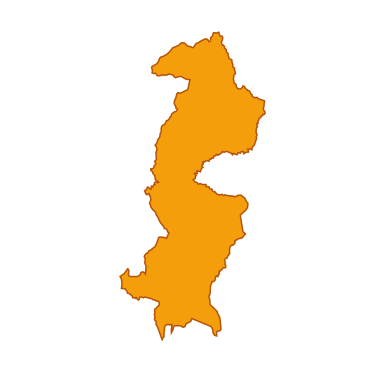 outline of Xayacatlán de Bravo, Puebla, Mexico, rotated 340°
{"feature_id": "50627088B60270238700137", "entity_name": "Xayacatlán de Bravo", "entity_type": "district", "adm_level": 2, "iso_a3": "MEX", "parent_name": "Mexico", "parent_adm1": "Puebla", "projection": "natural_earth1", "projection_center": [-97.941, 18.276], "detail": "fine", "context": "isolated", "style": "filled", "palette": "amber", "viewbox_px": 384, "rotation_deg": 340, "n_neighbors": 0, "source": "geoboundaries", "source_scale": "gbopen_adm2", "svg_char_len": 6065}
<svg xmlns="http://www.w3.org/2000/svg" viewBox="0 0 384 384"><g transform="rotate(340 192 192)"><path d="M263.9,170.6L266.7,169.1L271.0,163.8L271.3,162.0L272.4,160.9L272.8,158.9L272.5,157.8L274.6,153.8L275.8,153.0L276.1,150.0L277.4,150.3L277.8,149.6L277.8,148.2L279.0,147.7L280.5,145.6L282.0,145.6L282.9,144.2L284.5,144.5L285.0,143.3L286.3,143.8L287.7,142.9L287.9,141.4L287.3,139.1L287.5,138.2L289.4,135.3L289.7,133.8L290.7,132.8L291.3,131.1L286.5,127.3L285.5,125.4L283.1,124.7L281.6,123.3L281.3,121.8L281.7,121.2L280.8,119.6L280.7,117.6L280.2,116.1L278.9,115.7L278.9,114.9L277.4,112.7L277.6,111.6L277.0,110.3L275.9,109.9L275.6,110.8L273.0,111.7L271.2,111.2L269.9,109.6L269.6,108.7L270.1,106.1L269.9,105.1L268.7,103.8L269.5,101.5L269.5,99.8L270.7,98.1L271.0,96.7L273.3,95.6L273.7,93.7L273.6,91.6L274.1,91.2L274.4,90.1L273.3,88.8L273.2,87.9L274.0,86.3L273.9,84.2L274.6,81.6L272.3,78.7L272.7,77.4L272.7,75.7L273.3,74.5L272.4,72.0L272.4,71.0L273.0,69.8L271.6,68.1L272.3,66.5L271.7,64.7L270.8,64.6L270.5,63.3L271.1,60.6L272.5,59.7L273.1,58.2L273.7,57.7L273.6,56.0L272.5,55.6L271.6,54.4L271.8,51.0L269.2,51.0L267.3,49.8L266.4,49.8L264.5,52.5L262.3,53.4L261.8,55.0L260.3,56.7L259.2,56.4L258.9,54.0L257.1,52.6L251.0,53.3L249.8,53.8L246.7,53.8L242.8,56.7L241.7,56.5L240.7,55.2L237.8,53.4L235.9,49.5L234.1,48.4L233.0,48.3L229.5,49.6L223.0,50.0L219.2,52.5L215.7,53.9L212.0,54.6L208.6,54.6L207.0,55.6L205.2,57.8L203.6,59.0L202.2,59.6L197.5,60.4L196.7,60.9L196.3,64.5L195.2,66.4L196.3,67.5L198.0,67.8L198.6,68.5L199.0,70.5L199.8,71.2L201.9,71.8L204.2,71.8L205.7,72.8L207.4,73.0L208.1,73.5L210.9,73.3L214.3,75.8L214.5,77.1L215.6,78.9L218.0,78.9L221.0,79.6L222.0,80.3L223.8,82.8L226.2,84.7L228.5,85.7L223.8,93.2L222.7,94.4L215.6,95.1L214.0,95.0L213.3,94.1L212.5,93.8L211.9,94.7L211.2,94.7L209.5,97.3L206.1,101.2L205.5,103.1L205.9,105.5L205.9,106.9L205.5,107.4L206.6,109.0L206.1,109.8L204.6,110.9L202.5,110.7L199.6,111.7L198.0,113.9L197.2,113.9L196.4,114.9L193.7,116.4L192.4,116.3L189.6,119.1L187.6,119.2L185.9,120.0L184.7,121.9L183.7,124.8L181.7,126.7L181.4,127.9L180.0,129.8L177.6,131.2L176.1,133.7L173.3,135.5L173.9,136.7L173.8,139.8L171.4,142.9L171.4,144.0L170.2,146.9L170.1,148.6L168.9,149.7L167.4,150.4L167.8,152.7L166.0,154.4L165.5,154.4L164.0,156.4L163.5,156.6L161.2,156.2L160.7,157.5L161.7,159.2L161.8,162.1L162.6,163.5L161.8,168.0L163.3,170.0L163.8,171.5L163.3,171.6L161.5,170.3L160.2,170.2L159.6,170.7L159.8,172.4L158.4,172.2L156.8,173.9L155.9,172.6L154.3,175.4L153.7,175.1L152.6,172.4L151.7,172.3L149.4,174.5L148.0,174.4L147.9,177.9L148.9,179.2L151.1,178.7L150.9,180.7L151.3,181.2L150.8,185.0L148.1,188.4L148.5,189.7L148.3,192.3L149.1,195.3L150.1,196.9L150.8,199.1L150.6,201.6L151.1,202.8L151.8,209.9L153.7,215.3L153.5,216.8L154.9,217.6L155.7,219.4L155.3,221.0L156.5,222.2L152.3,226.8L149.5,224.7L146.2,223.3L145.0,223.3L144.1,224.8L140.5,228.9L138.0,231.0L135.0,231.7L134.5,232.5L132.6,232.3L131.1,232.6L129.3,234.4L128.2,234.0L125.9,235.3L125.0,236.5L125.2,238.6L124.6,240.1L123.4,242.3L123.4,246.2L120.2,253.2L119.6,251.3L118.0,250.0L116.2,250.4L115.1,251.8L113.2,252.7L111.6,252.7L105.4,250.5L104.0,249.1L103.9,248.3L105.6,244.8L105.7,242.5L105.3,242.1L100.4,245.5L95.5,246.8L95.9,249.6L95.7,250.7L94.7,254.7L92.7,258.5L96.0,260.1L97.0,263.1L96.8,265.1L98.6,266.2L98.9,267.3L100.0,268.6L100.2,271.3L101.8,271.4L102.4,272.6L103.6,272.2L103.8,273.6L104.7,275.2L105.7,274.9L106.9,272.9L109.0,273.5L110.1,274.8L111.3,274.5L112.2,274.9L117.6,278.5L118.5,280.0L119.5,280.1L121.1,282.2L122.3,282.7L123.4,283.9L122.8,286.8L116.8,289.7L116.2,291.2L116.3,292.3L114.9,293.7L114.3,297.2L113.3,298.4L113.2,300.0L114.2,301.5L113.1,303.5L113.0,305.1L113.5,307.0L113.4,321.4L114.2,318.9L115.0,319.1L116.3,318.2L116.7,316.4L117.2,316.0L117.9,313.6L118.9,312.5L119.7,310.0L121.4,308.3L124.2,308.1L125.5,309.3L127.7,309.5L127.1,311.2L126.7,311.6L126.6,312.5L125.4,314.3L124.5,317.2L127.3,314.6L128.5,312.4L130.1,311.7L135.5,313.8L137.2,316.0L139.3,316.1L141.0,314.0L145.8,313.2L147.1,312.7L148.5,310.8L164.0,325.0L164.4,328.4L163.6,332.0L164.2,334.3L164.9,335.0L166.0,335.7L166.9,332.6L167.7,331.7L171.3,331.8L172.4,330.6L174.9,321.0L175.1,318.8L174.5,314.6L174.9,313.1L170.5,303.9L171.9,299.2L172.2,295.4L173.4,294.8L174.4,293.4L177.3,286.5L179.6,284.0L180.1,282.9L181.7,283.6L183.4,282.8L185.1,279.9L186.0,279.2L186.5,279.3L187.0,280.3L187.5,280.3L188.0,279.4L189.3,278.7L189.3,277.7L189.9,277.3L190.3,276.0L191.1,276.2L191.6,275.3L193.3,275.3L195.6,273.8L197.6,274.7L198.6,272.6L198.3,271.3L199.2,269.2L199.3,266.9L200.5,266.2L202.5,265.9L203.9,264.3L205.0,263.7L205.0,263.3L205.9,263.1L206.8,261.9L206.9,260.1L207.7,259.2L208.4,257.1L210.5,255.7L211.7,255.6L212.1,256.0L214.2,255.3L214.8,254.6L214.6,254.2L215.3,253.5L215.3,252.8L216.0,252.8L216.6,252.2L217.6,252.4L218.5,251.8L223.8,252.2L226.6,250.2L227.7,249.9L227.7,249.1L226.3,246.7L229.4,230.3L236.9,227.2L239.0,225.3L239.1,224.5L239.7,224.1L240.6,221.9L240.6,221.2L240.0,220.1L239.5,215.8L236.9,211.7L234.2,210.8L233.1,211.2L230.5,211.1L229.7,210.2L222.9,206.8L222.5,206.3L221.5,205.8L221.1,206.2L220.1,205.9L219.4,204.4L217.4,204.4L214.9,202.8L214.2,202.1L214.3,201.3L213.7,200.3L213.5,199.3L212.1,199.0L211.6,198.2L211.6,195.9L210.4,195.6L209.6,194.7L209.8,193.2L209.5,192.8L206.9,191.6L207.6,190.3L207.4,189.6L204.4,188.6L202.7,187.0L200.4,186.7L200.2,185.1L198.0,183.2L197.2,180.9L199.5,180.5L200.2,179.1L201.9,177.6L200.7,176.2L200.7,175.3L203.4,176.3L203.5,174.0L204.4,173.9L206.7,175.9L209.0,173.1L210.8,172.6L210.1,170.7L210.7,170.1L212.2,169.7L212.2,167.7L212.7,167.3L214.4,168.2L215.3,167.4L216.0,167.2L218.4,168.9L219.8,167.3L220.8,167.8L222.0,166.8L223.7,167.5L224.7,165.8L226.8,166.0L227.6,165.0L228.4,165.1L229.0,166.4L233.3,165.4L234.4,164.3L235.7,165.6L238.6,165.7L242.5,169.5L242.6,170.9L243.4,170.7L243.5,170.0L244.3,169.9L246.9,172.4L247.6,172.2L248.5,170.9L249.3,170.9L250.5,172.0L251.3,171.0L252.5,171.3L253.3,171.0L254.1,171.7L253.6,173.1L253.7,173.8L256.6,173.1L258.6,173.8L259.0,173.4L259.0,170.7L261.6,171.8L262.7,172.8L263.9,170.6Z" fill="#f59e0b" stroke="#b45309" stroke-width="1.5"/></g></svg>